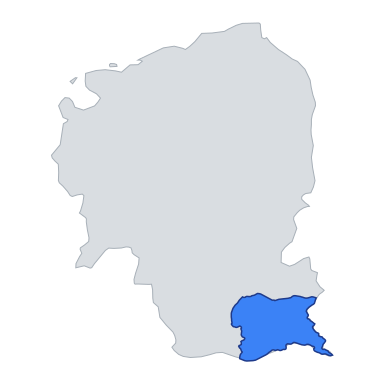 where Rôtânôkiri sits in Cambodia, rotated 90°
{"feature_id": "KHM-1795", "entity_name": "Rôtânôkiri", "entity_type": "Province", "adm_level": 1, "iso_a3": "KHM", "parent_name": "Cambodia", "parent_adm1": "", "projection": "albers", "projection_center": [107.133, 13.934], "detail": "fine", "context": "in_parent", "style": "filled", "palette": "blue", "viewbox_px": 384, "rotation_deg": 90, "n_neighbors": 0, "source": "natural_earth", "source_scale": "10m", "svg_char_len": 5994}
<svg xmlns="http://www.w3.org/2000/svg" viewBox="0 0 384 384"><g transform="rotate(90 192 192)"><path d="M355.0,51.5L356.0,55.1L353.3,62.0L350.5,68.2L345.2,73.6L344.9,77.6L343.1,89.5L343.8,93.3L345.0,96.6L346.8,98.3L351.5,109.9L355.7,120.5L359.9,129.2L360.6,134.8L356.8,148.7L352.4,161.5L352.8,167.9L354.7,174.3L356.8,182.8L357.5,193.7L356.4,200.8L354.4,205.3L350.5,209.8L347.2,212.1L343.1,208.3L339.9,208.1L335.5,209.3L332.1,211.0L325.2,217.7L317.4,224.1L306.8,225.8L302.6,230.6L298.2,231.2L289.7,231.4L284.2,232.5L284.4,235.0L284.0,246.3L284.1,249.0L283.2,249.7L279.4,250.0L272.9,248.3L264.1,245.4L257.9,244.9L254.7,249.9L252.8,251.8L250.4,252.1L247.9,253.0L247.1,255.2L246.9,257.9L248.0,262.7L248.4,270.2L248.1,275.3L250.4,278.6L263.7,289.6L267.7,292.3L268.1,293.9L265.8,299.8L267.8,308.2L263.6,308.0L256.6,304.4L253.3,302.2L249.2,303.9L247.8,303.6L245.0,299.5L241.5,295.3L237.8,295.0L229.9,296.6L221.9,297.7L218.9,297.6L217.6,298.4L213.0,304.6L211.0,303.5L203.0,301.1L195.6,300.1L194.1,301.7L194.9,306.8L196.5,311.7L195.5,313.8L191.5,316.4L186.1,321.1L182.8,324.7L180.5,325.6L172.4,325.3L164.2,325.7L161.0,329.1L157.9,331.8L155.2,332.5L144.7,323.8L123.7,320.6L121.5,316.8L119.5,316.0L117.5,320.9L105.8,325.4L101.1,322.5L97.6,319.0L98.1,314.8L101.5,311.5L107.3,309.1L110.1,300.5L105.9,289.4L102.1,286.1L98.1,283.5L93.8,287.5L90.1,294.5L86.3,298.1L81.1,298.8L73.4,298.4L70.5,287.8L69.7,278.8L70.9,268.5L72.2,262.5L64.9,253.9L64.7,245.9L61.2,241.7L60.1,243.8L60.1,246.1L59.1,244.4L47.9,220.7L46.2,209.8L48.3,201.4L49.5,198.6L46.3,194.2L41.6,189.1L33.4,182.3L33.0,171.9L31.4,159.6L29.0,155.4L25.3,147.8L23.4,141.5L23.0,125.0L24.1,123.7L30.0,123.3L37.6,122.2L38.8,119.6L37.6,117.4L42.5,113.7L49.5,105.6L55.0,97.2L59.0,91.8L61.4,86.5L69.3,79.0L80.1,73.9L87.4,72.8L95.0,71.1L102.2,68.7L105.7,68.5L114.6,71.7L119.5,72.6L124.6,72.6L129.9,73.0L134.5,72.8L145.6,70.7L157.3,72.6L167.7,71.4L180.7,69.0L187.0,70.6L192.8,73.2L193.5,78.2L194.8,80.5L196.8,82.3L199.3,82.3L202.7,78.9L205.4,75.3L206.4,74.6L206.5,76.4L207.8,80.3L210.2,84.2L212.7,86.8L216.9,90.2L219.6,90.4L228.4,87.2L241.7,92.0L243.2,94.4L247.5,99.2L252.1,102.6L262.5,102.9L266.2,94.5L264.4,89.4L258.6,80.4L257.0,75.1L258.9,74.2L268.9,73.3L270.5,72.2L272.7,66.5L275.4,67.1L280.9,67.9L286.8,64.0L290.3,59.8L292.2,61.7L294.2,64.6L296.5,66.3L300.7,68.8L305.3,72.4L308.2,75.8L310.5,77.2L316.5,76.2L318.0,76.3L321.5,72.2L323.9,69.9L326.0,70.5L328.9,70.5L335.1,65.1L338.7,60.3L340.6,58.9L346.1,61.4L348.4,60.9L351.6,54.1L355.0,51.5ZM66.8,273.9L65.7,274.5L64.6,274.5L63.5,273.5L63.7,269.7L64.5,267.4L66.4,267.0L66.8,273.9ZM83.8,311.4L81.4,313.9L77.7,308.6L77.8,307.1L83.8,311.4Z" fill="#d9dde1" stroke="#a8b0b8" stroke-width="1"/><path d="M355.1,51.5L355.8,53.3L355.5,54.9L354.0,58.3L353.9,59.3L354.2,61.2L354.1,62.3L353.8,63.0L352.9,64.4L352.6,65.3L352.5,65.7L352.3,66.6L351.5,68.3L351.0,69.3L350.2,70.0L348.9,70.3L348.5,70.1L348.3,69.7L347.9,69.4L347.1,69.7L346.6,70.1L346.4,70.7L346.3,71.3L346.1,71.9L344.8,74.2L344.4,75.4L344.3,76.7L344.4,77.3L345.0,78.6L345.1,79.2L345.1,79.9L344.8,82.2L342.7,88.4L342.4,90.0L342.6,90.7L343.2,91.4L343.9,92.5L344.1,93.8L343.9,95.2L343.8,96.5L344.6,97.7L345.6,98.1L348.0,97.8L349.0,98.2L349.4,98.9L349.5,99.5L349.4,100.1L349.4,100.7L350.3,102.7L350.4,103.0L350.5,103.8L350.4,104.6L350.0,105.3L349.7,106.4L350.4,108.4L350.3,109.0L349.9,110.4L349.9,111.1L350.2,112.1L351.5,113.5L352.1,114.5L352.2,114.8L353.7,116.4L354.8,118.0L360.1,128.4L360.6,130.8L361.0,137.2L360.7,139.2L358.7,144.2L358.1,144.4L357.6,144.3L355.8,144.0L355.4,143.9L355.2,143.8L354.5,143.6L354.3,143.5L354.1,143.4L353.9,143.1L353.6,142.9L353.1,142.6L352.5,142.0L352.1,141.8L351.9,141.8L351.6,142.2L351.4,142.4L351.1,142.5L350.4,142.8L349.9,143.0L349.2,143.2L349.0,143.3L348.8,143.4L348.5,143.6L348.2,144.1L347.8,144.5L347.5,144.7L346.2,145.3L345.6,144.9L345.7,144.5L345.3,144.2L344.7,143.0L344.4,142.7L342.9,142.7L342.2,142.8L341.6,143.1L340.9,142.3L340.0,140.2L339.3,139.5L338.2,139.2L337.6,139.8L337.3,140.8L336.7,141.8L334.9,142.8L331.0,142.3L328.8,143.1L328.3,142.6L327.5,142.6L327.3,142.6L327.2,142.6L326.4,143.5L326.2,143.7L326.2,143.9L326.1,144.2L326.1,144.4L326.3,144.9L326.5,145.2L326.7,145.6L326.9,146.0L327.0,146.2L327.3,147.1L327.4,147.6L327.4,147.8L327.3,148.1L327.3,148.3L327.2,148.5L327.0,148.9L326.9,149.2L326.7,150.4L326.6,150.7L326.5,150.8L326.2,151.1L324.8,152.3L324.4,152.5L324.0,152.6L323.8,152.5L323.6,152.4L323.5,152.2L323.3,152.1L323.1,152.0L322.1,152.1L320.5,152.4L320.1,152.4L319.8,152.4L319.1,152.4L317.1,152.7L316.1,152.7L313.5,152.7L312.4,152.5L308.3,151.0L305.2,148.9L303.0,146.5L300.5,144.9L300.1,144.6L296.9,141.5L297.4,140.4L297.4,139.6L297.4,139.3L297.3,139.0L297.3,138.8L297.2,138.6L296.7,138.1L296.5,137.6L296.4,137.0L296.6,134.5L296.5,133.8L296.4,133.1L295.7,132.1L295.2,129.6L294.2,127.9L294.0,127.4L293.7,127.0L293.5,126.6L293.6,125.0L294.0,123.3L300.1,111.9L300.2,111.4L300.1,109.9L300.6,109.2L300.4,108.4L299.3,105.1L298.3,96.0L297.6,93.1L297.1,92.5L296.6,91.9L296.2,91.3L295.8,90.4L295.7,89.6L295.7,88.8L296.5,83.8L296.6,83.4L297.0,82.4L297.1,81.6L297.8,79.7L298.1,78.3L298.1,77.1L297.9,76.0L297.6,75.0L297.3,73.9L296.8,72.5L296.8,71.8L296.9,71.0L297.7,68.3L297.8,68.0L297.9,67.8L298.7,68.2L303.3,69.6L303.6,69.9L304.1,70.4L304.4,70.8L304.9,71.8L307.1,74.9L308.8,76.6L309.7,77.3L310.6,77.6L311.5,77.7L314.0,76.3L314.3,76.0L314.7,75.8L315.3,75.7L315.9,75.9L317.1,76.7L317.8,76.8L318.5,76.6L318.8,76.3L318.8,75.8L319.5,74.2L320.3,74.0L320.6,73.8L321.8,71.9L323.7,69.6L323.7,69.3L323.9,69.2L324.7,69.6L325.8,70.4L326.3,71.2L327.0,71.5L328.4,71.1L330.3,69.8L332.1,68.2L332.6,67.2L333.0,66.0L333.5,65.3L334.4,65.3L335.4,65.4L336.0,65.1L336.6,63.8L336.8,62.5L336.9,62.0L337.1,61.7L337.8,61.3L338.2,61.0L339.3,59.4L340.3,58.5L341.4,58.6L343.1,59.9L344.3,60.9L345.0,61.2L346.2,61.4L347.6,62.1L348.4,62.1L349.2,61.5L349.4,61.0L349.4,60.4L349.3,59.8L349.3,59.3L349.5,58.8L350.0,58.2L350.2,57.8L350.7,56.3L351.1,55.9L352.1,55.4L354.2,52.3L355.1,51.5Z" fill="#3b82f6" stroke="#1e3a8a" stroke-width="1.5"/></g></svg>